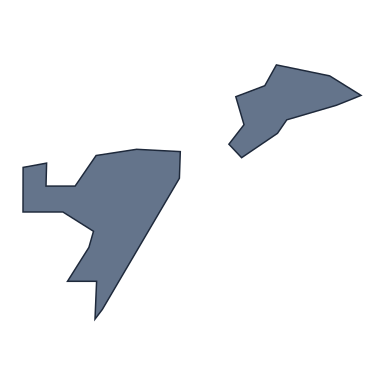 the border of East End
{"feature_id": "AIA-5115", "entity_name": "East End", "entity_type": "District", "adm_level": 1, "iso_a3": "AIA", "parent_name": "Anguilla", "parent_adm1": "", "projection": "mercator", "projection_center": [-62.977, 18.266], "detail": "fine", "context": "isolated", "style": "filled", "palette": "slate", "viewbox_px": 384, "rotation_deg": 0, "n_neighbors": 0, "source": "natural_earth", "source_scale": "10m", "svg_char_len": 462}
<svg xmlns="http://www.w3.org/2000/svg" viewBox="0 0 384 384"><path d="M23.1,167.4L46.6,163.1L46.0,186.1L75.1,186.1L96.1,155.5L136.6,149.3L180.3,151.6L179.4,178.3L102.3,309.5L95.0,319.1L96.6,281.3L67.5,281.3L88.9,247.4L93.5,231.3L62.9,212.0L23.0,212.0L23.1,167.4ZM235.8,96.7L264.8,85.7L276.4,64.9L329.7,75.9L361.0,95.4L336.6,105.2L286.8,119.8L277.5,133.3L241.6,157.7L228.9,144.2L244.0,124.7L235.8,96.7Z" fill="#64748b" stroke="#1e293b" stroke-width="1.5"/></svg>